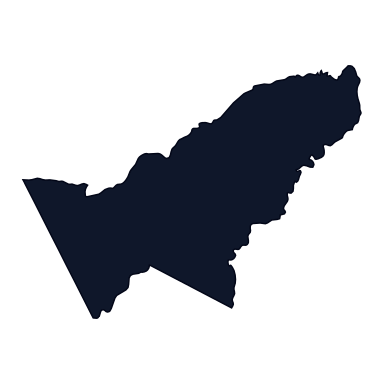 the border of Pando
{"feature_id": "BOL-1938", "entity_name": "Pando", "entity_type": "Department", "adm_level": 1, "iso_a3": "BOL", "parent_name": "Bolivia", "parent_adm1": "", "projection": "robinson", "projection_center": [-66.899, -11.088], "detail": "fine", "context": "isolated", "style": "filled", "palette": "ink", "viewbox_px": 384, "rotation_deg": 0, "n_neighbors": 0, "source": "natural_earth", "source_scale": "10m", "svg_char_len": 4975}
<svg xmlns="http://www.w3.org/2000/svg" viewBox="0 0 384 384"><path d="M348.6,65.8L350.7,65.9L352.1,66.4L354.3,68.6L355.4,71.4L355.6,71.7L356.7,75.7L357.4,76.7L358.5,77.7L359.5,78.9L359.9,80.3L359.5,82.4L357.8,86.0L357.2,88.0L356.9,91.6L357.2,95.3L357.9,98.7L359.3,103.3L359.7,105.2L359.8,109.1L360.0,110.0L360.8,112.1L361.0,113.0L360.7,113.9L359.3,116.2L358.5,120.6L357.6,122.7L354.6,124.3L353.5,126.0L352.6,128.0L352.3,129.6L352.2,129.6L348.1,130.4L346.8,130.9L345.7,131.9L344.2,133.6L343.0,135.6L342.5,137.3L341.9,138.1L335.1,141.8L333.6,143.1L332.0,144.7L330.3,145.7L328.6,145.4L326.9,144.7L325.2,144.4L323.4,145.0L323.2,146.5L323.7,148.3L324.1,150.2L324.2,152.5L324.0,154.3L323.3,155.8L321.5,157.3L318.0,158.8L315.9,159.3L315.0,158.9L314.6,158.0L313.7,156.6L312.6,155.4L311.7,154.9L310.8,155.6L309.7,157.3L309.1,159.0L309.9,159.7L311.3,160.2L312.6,161.4L313.5,163.0L313.9,164.7L312.8,167.2L310.1,167.1L306.7,165.8L303.7,165.2L301.9,166.0L298.6,168.9L296.1,169.8L296.1,170.4L296.6,171.0L297.1,171.4L297.9,171.4L299.6,170.6L300.4,170.8L301.0,172.2L300.4,174.1L299.4,176.1L298.4,179.7L297.5,181.4L296.2,182.2L295.0,181.2L294.3,182.5L293.4,185.2L293.4,188.4L293.0,191.3L291.1,193.1L289.8,193.0L288.4,192.5L287.4,192.9L287.2,195.0L287.9,198.2L287.9,199.7L287.3,201.4L284.5,205.4L283.8,206.8L283.5,208.9L284.1,210.0L284.9,210.9L285.4,212.1L284.5,213.8L280.2,215.0L280.0,216.8L279.6,218.7L277.2,219.4L271.8,220.0L267.5,222.9L265.4,223.7L260.1,223.0L252.9,223.5L251.1,224.4L250.3,226.1L250.2,228.3L250.5,230.6L250.2,232.3L248.3,234.7L247.8,236.4L248.4,240.8L248.3,242.8L247.2,244.5L245.9,245.2L243.2,245.1L241.9,245.5L240.8,246.7L239.9,248.2L238.8,249.3L237.3,249.4L235.9,249.1L234.4,249.2L233.3,250.0L233.3,251.7L234.2,253.1L235.2,254.1L235.6,255.4L234.7,257.4L233.7,258.6L232.4,259.5L230.9,260.0L229.5,259.8L228.2,260.2L227.9,262.0L228.2,264.2L228.9,265.7L229.4,265.9L230.0,265.7L230.4,265.4L230.7,265.3L231.2,265.8L232.3,267.3L234.0,270.6L235.1,275.0L235.5,279.5L235.2,283.2L234.0,287.3L233.9,289.3L234.4,291.5L234.6,293.7L233.8,295.7L232.8,297.6L232.2,299.6L232.5,301.3L233.1,302.8L233.3,304.3L232.7,306.0L231.6,307.9L150.8,265.6L149.4,265.2L149.4,265.6L148.8,268.0L147.6,269.9L146.3,271.0L144.4,271.8L142.4,272.2L140.8,272.1L138.7,273.3L132.8,274.2L130.4,275.5L129.1,278.0L128.6,284.5L128.0,287.5L125.9,289.9L116.7,295.4L114.9,298.1L111.3,308.4L109.9,311.0L108.9,311.7L107.3,312.0L106.0,311.5L104.8,310.4L103.5,309.7L101.6,310.1L100.7,311.4L99.2,316.3L98.8,316.5L97.9,317.7L97.4,318.0L96.6,318.2L94.1,318.0L93.2,317.9L91.2,314.0L83.0,297.8L74.8,281.6L66.5,265.4L58.3,249.1L50.0,232.9L41.8,216.7L33.6,200.5L25.3,184.3L25.0,183.7L24.7,183.1L24.5,182.6L24.2,182.0L23.9,181.5L23.6,180.9L23.3,180.4L23.0,179.8L28.9,180.1L32.0,179.7L37.3,178.3L39.9,178.7L42.6,179.6L45.4,180.1L49.9,179.9L56.0,180.7L58.9,181.5L61.7,181.2L62.9,181.4L68.7,184.3L69.1,184.3L69.8,184.3L70.2,184.3L72.0,184.1L75.7,185.3L77.6,185.6L79.6,185.0L81.7,184.1L83.9,183.6L86.2,184.4L87.6,185.2L86.3,187.2L85.4,189.4L85.0,191.7L85.3,195.4L85.5,196.2L86.2,196.7L87.5,196.7L98.8,194.2L100.9,192.9L105.0,189.6L108.4,188.3L109.7,188.1L111.0,188.1L112.4,188.4L113.5,188.0L116.0,185.4L117.4,184.5L121.1,184.1L122.5,183.5L124.1,182.2L125.6,180.5L126.9,178.6L128.0,176.7L130.1,171.4L131.2,169.7L135.6,164.4L138.3,158.5L139.5,157.0L141.3,155.6L143.7,154.3L145.0,153.8L146.4,153.6L148.6,154.0L158.0,153.5L159.1,153.7L160.3,154.1L161.8,155.1L164.9,157.8L166.4,158.5L169.1,157.7L170.4,155.1L171.1,151.9L172.0,149.2L172.8,148.2L175.2,146.0L176.2,144.6L177.8,141.9L178.6,140.7L179.9,139.5L181.4,138.9L184.2,137.4L187.4,136.1L189.0,135.0L190.4,133.6L191.5,131.9L191.8,130.9L191.9,130.2L192.1,129.5L192.9,128.7L193.7,128.4L197.1,128.4L198.0,128.2L198.9,127.9L199.5,127.3L199.6,126.5L199.1,124.5L199.3,123.7L200.4,123.1L202.2,122.7L205.5,122.6L206.9,122.9L210.0,123.8L211.3,123.8L212.3,123.1L212.9,122.1L213.4,121.1L213.9,120.4L214.7,120.1L216.4,120.0L217.2,119.8L220.8,117.5L233.5,102.9L243.9,93.8L245.4,93.0L251.9,90.2L252.7,89.6L253.1,88.9L253.3,87.9L253.5,87.0L254.0,86.3L254.9,85.9L264.2,84.1L269.0,84.5L270.6,84.3L272.1,83.7L275.4,81.6L276.7,81.0L284.4,79.7L285.8,79.1L288.3,77.3L289.6,76.7L294.0,76.2L294.3,76.3L294.6,76.7L294.9,77.0L295.3,77.1L295.7,76.8L296.3,75.7L296.6,75.5L297.8,75.2L298.2,75.3L299.2,75.7L301.3,77.0L302.3,77.3L303.8,77.0L307.4,74.5L308.8,74.0L310.2,73.9L311.3,74.1L314.6,74.9L315.5,75.0L316.4,74.4L317.7,72.9L317.9,73.5L318.3,74.3L318.7,75.0L319.1,75.3L319.9,75.2L320.1,74.4L320.1,73.4L320.2,72.8L320.9,71.0L321.3,70.6L321.8,71.8L322.0,72.6L322.2,73.3L322.6,73.8L323.3,74.1L326.3,72.7L327.5,72.6L327.2,74.7L326.9,75.8L327.3,76.1L327.9,76.0L328.5,76.1L329.6,75.7L330.0,75.6L330.5,75.9L331.2,76.9L331.6,77.2L333.9,79.0L335.0,79.6L336.5,80.0L337.4,79.9L337.8,79.5L338.0,78.9L338.4,78.3L338.5,78.0L338.5,77.1L338.7,76.8L339.1,76.5L340.0,76.3L340.4,76.2L341.3,75.0L342.1,73.7L342.4,72.9L342.7,71.5L343.2,70.7L346.8,67.3L347.9,66.0L348.6,65.8Z" fill="#0f172a" stroke="#020617" stroke-width="1.5"/></svg>